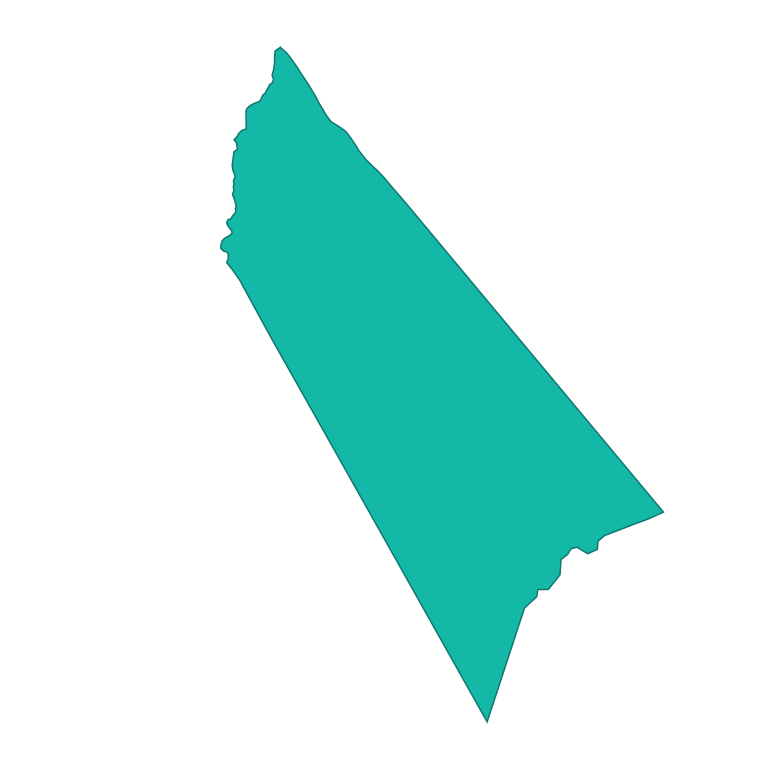 San Martín, San Juan, Argentina, rotated 50°
{"feature_id": "61730980B78285538688755", "entity_name": "San Martín", "entity_type": "district", "adm_level": 2, "iso_a3": "ARG", "parent_name": "Argentina", "parent_adm1": "San Juan", "projection": "albers", "projection_center": [-68.358, -31.544], "detail": "fine", "context": "isolated", "style": "filled", "palette": "teal", "viewbox_px": 768, "rotation_deg": 50, "n_neighbors": 0, "source": "geoboundaries", "source_scale": "gbopen_adm2", "svg_char_len": 2864}
<svg xmlns="http://www.w3.org/2000/svg" viewBox="0 0 768 768"><g transform="rotate(50 384 384)"><path d="M124.3,362.7L128.1,364.1L129.0,364.4L130.0,365.5L131.4,368.6L134.3,370.5L136.4,372.9L139.2,374.6L140.1,375.9L141.0,377.7L141.9,378.3L147.3,380.3L152.1,382.5L153.2,383.6L154.1,385.1L155.4,385.8L156.2,386.4L157.0,387.6L157.4,388.3L157.5,389.2L157.6,390.2L157.8,391.5L158.0,392.5L158.6,393.7L158.9,395.3L158.7,396.1L157.8,397.8L158.6,399.5L159.4,400.9L162.2,401.8L166.1,402.2L167.2,402.2L168.4,402.1L170.4,403.1L171.0,404.5L171.1,405.7L170.8,407.7L170.4,410.1L169.9,412.7L170.4,416.1L172.9,419.9L175.1,421.8L177.8,421.6L179.5,421.2L180.5,420.4L182.1,419.6L183.5,419.4L185.6,420.8L188.2,423.0L189.8,426.4L196.4,426.6L199.5,426.7L212.3,427.8L219.0,429.3L221.9,429.9L236.9,432.9L259.6,437.5L278.3,441.2L283.6,442.2L400.2,464.0L544.9,491.2L635.4,508.3L682.2,517.1L709.1,522.2L687.5,487.3L682.2,478.8L654.6,434.4L645.9,420.3L645.1,403.7L640.3,398.4L647.0,390.1L643.3,371.8L632.2,361.2L632.6,352.9L630.4,346.6L633.1,341.1L645.0,337.0L647.8,326.9L642.0,321.1L641.9,312.4L651.8,283.5L652.4,281.8L657.5,267.6L659.0,262.2L661.7,252.3L656.8,252.2L637.8,252.2L385.1,251.4L348.2,251.3L295.3,251.1L286.3,251.1L275.6,251.0L268.4,251.0L261.3,251.0L253.9,251.1L249.2,251.1L248.9,251.2L246.5,251.2L237.7,251.3L231.2,251.3L227.4,251.3L223.4,251.4L220.5,251.6L218.1,251.7L217.8,251.8L217.1,251.7L216.8,251.8L216.4,251.8L212.5,252.4L211.8,252.5L208.8,252.8L208.4,252.8L204.5,253.2L201.3,253.5L200.6,253.5L200.0,253.5L195.1,253.4L190.1,253.3L189.2,253.3L187.6,253.0L181.9,252.1L181.4,252.1L179.6,251.9L175.2,251.4L171.3,251.2L169.3,251.0L165.8,251.0L165.2,251.1L163.2,251.6L157.1,253.3L151.5,255.1L150.8,255.4L150.2,255.6L149.7,255.7L149.1,255.8L148.7,255.9L148.1,255.9L144.7,255.7L142.8,255.6L142.5,255.6L141.2,255.5L140.3,255.4L135.3,254.5L133.4,254.2L130.5,253.8L128.8,253.5L127.0,253.2L125.8,252.9L122.5,252.1L121.7,252.0L121.0,251.8L120.1,251.6L113.2,250.5L110.2,250.0L108.4,249.7L104.6,249.2L97.3,248.4L91.0,247.7L88.3,247.3L84.2,246.8L82.0,246.6L81.2,246.5L80.7,246.5L80.0,246.5L79.1,246.4L77.8,246.3L76.5,246.2L75.9,246.1L75.7,246.1L75.2,246.1L72.5,245.9L69.8,245.8L69.1,245.8L68.4,245.8L68.1,245.8L67.4,245.9L66.1,246.1L64.8,246.3L63.0,246.5L62.7,246.5L62.3,246.6L61.8,246.7L61.6,246.8L61.4,246.9L61.2,247.0L60.9,246.9L59.7,246.8L59.4,246.8L59.4,248.3L59.4,249.3L59.5,249.5L59.6,249.8L59.4,250.7L59.1,250.6L58.9,253.4L62.5,257.0L68.2,262.0L72.2,266.4L73.4,268.1L74.4,269.7L75.8,271.4L79.5,272.7L81.4,275.7L81.2,279.1L82.6,282.7L84.7,287.6L84.7,288.7L84.9,291.5L87.2,296.1L87.3,298.3L86.8,299.9L86.5,300.7L85.5,303.4L84.7,307.6L84.7,309.4L84.9,311.6L86.0,314.1L88.8,316.4L100.0,325.6L99.1,328.2L98.3,330.4L98.8,334.5L99.9,336.6L100.6,341.9L104.3,341.9L110.1,345.5L109.6,349.6L118.9,359.7L123.2,362.3L124.3,362.7Z" fill="#14b8a6" stroke="#0f766e" stroke-width="1.5"/></g></svg>